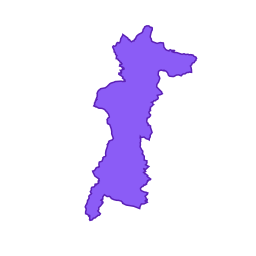 Pestisani, Gorj, Romania (Equal Earth projection), rotated 30°
{"feature_id": "2599482B71789206417746", "entity_name": "Pestisani", "entity_type": "district", "adm_level": 2, "iso_a3": "ROU", "parent_name": "Romania", "parent_adm1": "Gorj", "projection": "equal_earth", "projection_center": [23.026, 45.127], "detail": "fine", "context": "isolated", "style": "filled", "palette": "violet", "viewbox_px": 256, "rotation_deg": 30, "n_neighbors": 0, "source": "geoboundaries", "source_scale": "gbopen_adm2", "svg_char_len": 5843}
<svg xmlns="http://www.w3.org/2000/svg" viewBox="0 0 256 256"><g transform="rotate(30 128 128)"><path d="M178.4,191.9L177.7,190.0L177.5,187.2L179.8,185.7L181.8,182.7L181.4,182.6L181.0,182.2L180.7,181.2L180.2,182.7L179.9,182.7L180.1,182.2L179.4,182.1L180.0,180.9L179.8,180.4L179.6,180.5L178.3,179.3L176.9,178.5L177.9,175.9L177.5,175.8L177.7,174.4L175.9,174.6L174.1,175.3L170.6,175.6L169.5,174.8L168.9,173.9L169.5,171.6L170.2,171.1L170.2,170.4L170.5,169.8L170.3,169.4L171.2,169.0L171.9,167.8L171.5,167.8L171.8,166.6L171.7,165.3L171.2,163.8L171.6,163.3L172.0,163.5L172.1,163.1L172.0,162.7L173.2,161.6L173.2,160.9L168.9,160.4L168.9,159.3L165.4,158.8L165.4,159.1L163.7,158.6L165.0,156.8L161.5,155.3L164.0,155.1L165.3,150.9L161.6,151.1L162.0,149.7L161.6,149.0L161.8,148.6L161.1,147.7L160.9,147.0L158.1,147.7L156.2,144.3L154.9,143.9L154.1,143.2L153.6,143.5L153.2,143.3L152.9,141.5L152.3,140.6L151.0,140.2L148.1,138.4L147.5,137.6L147.4,136.8L146.7,135.6L145.9,134.7L145.7,133.2L145.1,132.5L144.8,131.7L144.2,130.9L143.5,130.6L142.9,129.2L143.8,129.6L144.4,129.5L146.4,127.8L149.1,128.2L151.3,127.6L152.3,127.7L151.7,126.3L151.7,124.6L150.8,123.1L151.1,119.8L147.1,116.2L146.5,115.0L144.6,114.9L144.2,115.5L143.3,114.3L142.9,114.2L142.9,113.9L142.1,113.9L141.2,113.3L140.3,111.8L140.4,111.5L139.7,110.0L140.2,109.6L140.2,108.8L140.9,108.3L141.3,106.1L140.8,105.2L139.5,105.0L138.2,103.9L138.2,102.6L138.8,101.7L137.6,100.9L138.0,100.5L137.0,98.7L137.6,97.6L138.1,95.4L138.4,95.0L137.7,94.9L136.6,93.9L135.6,93.9L136.8,92.5L136.8,91.4L138.2,90.6L138.3,89.3L139.2,88.4L139.3,87.5L139.0,86.6L137.0,85.1L139.5,82.8L140.6,81.1L139.5,80.5L139.2,80.0L132.3,78.1L131.2,75.9L131.4,72.8L130.8,69.3L129.8,68.2L127.6,67.0L126.2,64.0L126.5,62.6L127.7,61.3L130.6,60.5L130.4,60.0L130.8,59.9L132.3,59.8L134.2,60.2L135.1,60.7L136.4,61.9L137.6,62.3L138.2,62.3L141.4,60.9L142.0,60.4L143.5,57.9L145.4,56.6L147.6,56.3L148.1,56.0L148.0,55.6L148.8,53.5L150.3,52.6L151.2,50.5L152.5,49.8L153.1,48.9L155.2,48.0L153.9,45.9L152.1,43.8L151.0,43.1L151.6,41.2L151.3,40.7L151.3,39.6L152.5,38.3L152.5,36.5L153.0,35.5L152.4,34.2L152.6,33.5L151.4,32.7L149.1,32.9L147.6,32.3L146.9,32.9L146.4,32.8L145.3,33.3L144.3,34.1L143.1,34.1L141.2,35.5L139.4,35.7L137.9,37.2L132.5,38.3L130.2,39.5L128.1,39.8L128.3,39.3L129.4,38.3L129.6,37.8L129.3,37.7L126.9,39.0L125.4,39.1L124.8,40.3L124.9,40.7L122.9,41.2L121.5,41.2L118.7,40.0L116.1,36.7L113.2,37.9L110.9,40.2L106.1,41.0L105.0,40.9L104.8,40.5L104.2,40.1L103.7,39.3L102.1,38.4L101.4,37.4L100.2,33.6L100.2,32.9L99.9,32.5L99.8,31.4L100.0,31.1L99.0,29.2L98.2,29.0L97.4,29.6L97.0,29.4L96.3,29.6L95.0,29.1L93.1,30.2L91.9,32.0L92.1,33.9L91.8,34.9L92.6,37.1L92.3,38.7L90.3,41.8L89.6,43.9L89.6,45.5L90.0,47.3L89.3,47.9L89.6,49.6L88.8,50.0L87.9,51.6L86.5,51.5L85.2,50.8L84.8,50.8L84.6,51.2L84.1,51.1L82.8,50.2L76.8,49.6L77.1,50.3L77.1,54.4L78.0,56.6L78.1,58.3L77.7,58.9L76.8,58.9L76.1,59.3L75.8,60.5L76.3,61.1L76.1,62.0L76.4,62.6L75.6,63.9L74.4,64.1L74.2,64.8L74.2,65.5L77.0,67.5L78.1,69.1L79.0,68.9L80.6,70.6L82.1,70.8L82.2,71.6L83.1,73.8L83.5,73.6L85.1,73.5L85.8,74.1L87.1,74.1L88.3,74.9L89.4,74.7L90.0,75.4L90.6,75.4L90.7,75.9L89.2,77.0L90.0,77.7L89.6,78.2L89.7,78.6L91.4,78.1L92.3,78.4L92.8,78.0L93.3,78.8L94.2,78.1L94.8,78.5L95.1,79.0L94.4,79.9L93.7,80.1L93.6,81.4L92.5,81.9L93.2,82.4L94.1,82.4L94.8,83.7L94.7,84.0L93.7,84.0L93.4,84.6L92.7,85.0L93.1,86.0L95.0,86.2L95.3,85.7L96.2,86.2L98.0,86.3L98.3,86.5L98.3,87.5L99.6,87.8L100.9,87.7L102.1,88.9L102.0,89.2L101.5,89.0L100.8,89.4L100.5,90.3L98.7,90.8L93.7,94.2L93.1,95.2L90.9,97.5L90.2,98.7L89.1,102.7L88.2,104.6L84.8,107.5L84.5,108.0L84.4,108.9L83.7,110.1L83.7,112.5L84.0,113.1L83.9,113.5L84.9,114.6L84.9,115.0L85.4,115.6L85.7,116.6L85.6,117.2L86.0,117.8L85.9,118.6L86.7,118.9L86.1,119.6L86.6,120.2L86.2,121.0L86.7,122.2L86.5,123.2L87.3,124.0L87.3,126.0L88.5,125.9L89.2,125.4L89.6,125.8L90.1,125.5L92.8,125.4L95.7,124.0L97.6,123.7L99.4,123.9L100.3,124.4L101.6,124.6L102.6,125.2L103.7,125.4L106.0,127.3L106.4,128.0L105.7,129.4L105.7,131.5L106.5,131.8L106.8,132.8L107.7,134.1L107.9,134.2L107.9,133.9L109.2,134.4L110.3,134.2L110.9,134.5L114.1,137.3L115.8,139.4L116.8,141.2L120.5,144.3L120.4,146.0L118.2,148.7L118.2,149.8L118.7,150.2L118.4,151.5L118.7,151.6L118.4,152.8L118.8,152.8L119.4,154.3L120.2,158.5L121.2,161.1L122.7,163.2L122.5,164.2L121.6,164.9L121.1,166.5L121.8,167.0L121.7,167.8L122.0,168.9L122.0,169.9L120.2,171.8L120.3,172.4L120.9,173.9L122.5,175.9L121.9,176.4L121.9,177.0L121.1,177.3L121.0,177.7L120.5,178.0L120.3,178.5L120.5,178.9L120.3,179.3L120.5,180.4L120.1,181.3L120.1,181.9L118.9,183.0L119.4,183.5L123.4,186.2L128.4,186.6L128.6,187.4L129.4,188.0L128.8,188.7L129.2,189.0L129.1,189.3L129.7,189.6L129.6,190.1L129.9,190.5L129.6,190.6L129.6,191.4L128.9,192.1L129.0,192.7L128.7,192.7L128.8,192.9L128.5,193.3L128.1,192.8L127.6,193.2L128.2,194.3L128.2,195.7L127.6,196.4L126.4,197.3L126.3,198.1L126.6,199.2L127.3,199.9L127.3,201.1L127.1,201.8L128.1,202.6L129.1,202.8L129.1,203.7L128.4,205.3L128.2,206.3L128.4,207.1L129.4,208.1L129.4,210.3L129.1,210.8L129.8,212.3L130.1,213.5L130.0,214.1L130.4,214.7L130.1,215.7L130.4,217.7L131.3,218.4L131.8,218.4L132.9,220.2L132.9,221.2L133.2,221.6L133.7,222.8L134.1,223.0L134.2,223.4L136.1,223.1L137.4,223.4L138.5,223.0L138.9,223.5L138.6,224.1L139.2,224.1L140.3,225.9L141.2,226.4L140.8,226.7L141.3,227.0L142.8,225.6L143.1,224.9L143.0,223.6L144.7,222.0L144.8,220.9L145.5,219.5L145.6,218.7L146.7,218.0L147.0,216.3L147.0,216.1L143.3,214.9L143.6,213.4L142.4,211.5L143.1,209.4L143.7,205.4L142.9,205.6L142.5,204.8L142.7,204.2L141.3,203.9L140.7,204.0L140.8,203.4L141.6,202.5L141.2,202.3L141.4,201.5L140.6,200.3L140.9,197.6L144.2,197.8L146.2,196.4L147.1,196.5L147.5,196.9L147.9,196.8L148.8,197.4L151.6,197.1L154.3,196.3L156.2,195.3L158.7,194.7L161.0,195.4L161.1,195.9L165.0,195.6L172.1,192.9L178.4,191.9Z" fill="#8b5cf6" stroke="#5b21b6" stroke-width="1.5"/></g></svg>